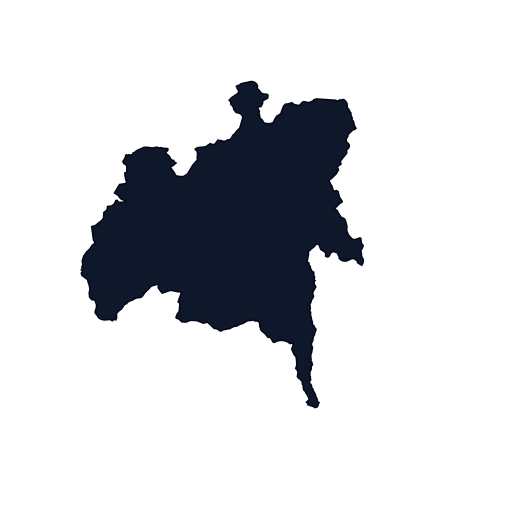 outline of Sita Buzaului, Covasna, Romania, rotated 324°
{"feature_id": "2599482B84594995893474", "entity_name": "Sita Buzaului", "entity_type": "district", "adm_level": 2, "iso_a3": "ROU", "parent_name": "Romania", "parent_adm1": "Covasna", "projection": "robinson", "projection_center": [26.114, 45.599], "detail": "fine", "context": "isolated", "style": "filled", "palette": "ink", "viewbox_px": 512, "rotation_deg": 324, "n_neighbors": 0, "source": "geoboundaries", "source_scale": "gbopen_adm2", "svg_char_len": 6148}
<svg xmlns="http://www.w3.org/2000/svg" viewBox="0 0 512 512"><g transform="rotate(324 256 256)"><path d="M216.9,414.1L220.9,411.6L220.0,409.6L220.8,408.8L221.6,407.0L221.5,405.9L222.7,402.6L223.2,398.5L223.9,396.9L223.6,395.7L224.9,392.9L224.7,390.3L225.3,389.3L227.7,388.1L227.8,387.1L229.0,385.8L228.9,384.7L230.3,383.3L230.6,382.1L234.4,379.8L235.7,377.7L237.8,377.2L238.8,374.6L238.5,373.1L239.4,372.6L242.1,368.2L244.0,367.0L247.8,363.4L248.7,360.3L249.6,359.3L252.3,357.7L254.8,355.1L257.3,354.0L257.9,353.0L259.5,352.2L260.1,351.4L261.1,351.2L261.6,349.7L261.3,348.6L261.8,346.6L261.4,344.7L262.4,343.2L262.3,342.6L263.2,341.9L263.0,341.2L264.7,337.9L265.1,336.3L265.7,335.8L265.8,334.6L267.2,333.8L267.1,332.9L267.5,331.5L269.2,330.3L271.2,326.7L273.6,325.5L274.6,324.3L276.7,323.7L279.1,322.3L279.7,319.9L280.8,318.6L286.2,316.2L286.7,314.8L286.1,314.5L286.1,313.7L288.0,310.9L289.4,310.6L289.0,309.7L289.3,309.0L291.1,307.6L291.0,306.4L293.2,303.0L292.1,301.0L292.8,299.7L292.6,298.3L293.7,296.6L293.7,294.3L294.8,292.5L294.1,291.7L294.2,290.5L300.0,285.0L301.1,282.6L302.8,283.3L304.0,282.8L308.3,282.7L311.2,281.9L313.2,282.6L313.5,284.4L312.3,288.4L312.4,289.3L313.6,291.9L314.0,295.0L312.2,296.9L312.6,298.2L314.0,299.2L315.3,299.0L318.3,297.5L320.6,297.6L321.4,298.1L323.6,301.2L322.8,305.2L321.9,307.2L322.8,310.1L323.7,311.3L326.1,313.2L332.0,314.4L333.1,315.1L334.2,316.6L335.0,319.8L334.2,321.3L334.8,322.1L335.3,324.2L336.3,325.7L339.1,324.0L340.7,322.0L341.3,318.1L342.8,315.9L343.8,313.4L347.1,311.9L348.7,310.7L349.0,309.7L348.7,307.9L351.2,303.3L350.7,302.4L345.9,301.0L344.6,300.0L343.6,298.3L343.2,293.1L344.2,289.0L347.1,285.3L349.1,280.2L349.5,278.0L347.6,274.4L348.1,268.4L348.5,267.6L347.4,263.9L355.0,262.6L357.2,263.1L357.9,262.3L358.1,257.4L360.3,252.1L359.6,250.4L357.6,249.7L357.2,248.3L357.5,246.6L358.6,244.0L358.6,241.7L359.5,237.8L360.3,237.3L361.6,237.8L368.8,236.8L373.3,234.9L374.3,231.6L378.9,231.6L379.5,229.5L380.8,228.6L389.9,226.1L391.8,223.3L393.8,223.3L395.9,222.3L396.8,220.6L396.8,219.1L396.3,217.4L396.9,215.4L398.1,214.1L400.3,213.4L401.9,211.9L408.3,210.9L410.0,211.6L411.9,211.5L412.4,208.0L414.0,204.5L414.0,203.5L413.6,202.6L415.1,200.6L415.4,198.4L416.9,196.0L416.7,194.0L417.3,192.9L417.1,189.7L419.3,186.1L419.6,183.9L418.9,180.8L416.7,179.9L415.3,178.8L414.0,178.9L412.6,178.2L412.0,176.8L397.3,164.5L394.7,163.6L393.2,164.0L388.9,163.0L385.5,159.3L384.2,158.8L379.5,159.7L376.1,156.2L375.1,153.1L370.7,151.5L369.1,150.4L366.4,150.9L359.6,155.4L354.9,155.1L351.3,156.5L348.6,158.2L346.0,157.6L343.4,155.9L341.1,153.7L340.7,152.5L341.0,149.6L340.4,147.3L340.5,146.6L342.8,141.7L343.9,140.9L344.3,137.8L345.0,136.6L348.0,138.0L351.0,136.4L352.8,134.4L358.1,135.2L360.3,133.0L360.0,131.7L356.6,128.6L356.0,126.8L355.9,122.8L355.3,121.7L357.4,118.9L357.6,116.8L356.9,114.4L355.1,112.2L345.2,107.8L342.8,108.0L341.5,107.3L339.8,107.2L339.8,108.2L339.2,109.5L339.1,111.9L338.1,113.4L335.8,113.8L329.6,113.5L325.8,114.1L326.1,116.3L324.7,118.8L325.3,120.8L324.9,122.9L324.1,124.3L324.2,127.5L324.3,128.3L326.5,130.7L327.3,132.9L327.4,134.6L326.2,136.6L318.1,142.9L312.6,143.8L311.1,144.6L308.3,144.7L305.1,146.2L303.4,146.5L301.4,145.4L298.9,145.1L297.2,144.4L295.9,142.2L295.2,141.9L293.3,139.8L289.2,141.2L287.7,141.2L285.8,139.7L285.2,138.2L279.4,138.0L272.5,134.0L269.7,133.7L269.4,134.3L270.0,136.0L269.0,138.7L265.9,142.2L265.3,143.8L258.3,145.3L248.9,149.3L244.5,149.2L242.0,147.7L238.3,144.0L238.9,140.5L238.8,133.7L242.1,134.1L246.0,133.8L245.2,131.7L245.6,130.3L244.5,129.3L244.1,127.9L244.5,123.9L243.3,119.5L247.1,118.5L247.7,117.4L247.3,116.7L245.0,115.0L242.8,112.5L240.9,111.4L239.8,109.6L236.2,108.0L233.3,105.6L232.6,104.6L229.4,102.3L223.2,100.9L220.6,100.6L218.7,100.9L216.7,100.4L216.3,101.7L214.6,100.8L213.1,100.6L213.1,99.7L211.9,99.0L211.0,99.1L210.7,98.0L209.9,97.9L209.3,98.2L208.8,99.5L207.3,99.6L206.9,100.1L203.8,101.3L203.4,103.4L204.4,105.6L204.2,107.6L200.8,112.1L198.6,111.7L196.8,114.7L196.7,115.4L197.0,115.5L195.6,117.1L195.1,119.4L193.6,121.0L187.6,117.9L178.5,121.8L180.2,126.1L180.0,128.1L180.4,130.7L183.0,135.4L181.8,135.4L176.7,132.1L176.3,129.2L175.7,128.8L175.0,128.8L172.3,130.5L169.3,130.7L168.0,130.4L165.0,128.6L163.4,130.4L161.5,131.3L158.5,131.3L154.6,136.1L153.7,135.9L152.8,136.5L143.8,136.9L140.4,135.6L133.9,147.5L134.1,148.7L132.6,151.4L130.2,150.9L125.7,152.6L121.3,153.2L116.4,154.9L112.4,158.0L110.7,161.3L108.4,162.7L108.1,164.3L106.6,164.5L107.0,165.0L106.5,166.7L105.1,166.8L104.3,167.7L103.8,169.6L105.9,176.2L104.9,178.2L103.9,181.7L102.0,185.4L99.0,188.1L98.9,188.8L97.4,190.9L97.2,192.6L97.6,195.2L99.6,196.4L99.6,197.6L98.4,201.5L96.9,203.6L92.8,206.8L92.4,208.3L92.6,210.8L92.4,213.7L93.7,216.5L95.8,218.7L100.8,221.7L101.6,224.0L103.2,223.8L104.6,224.5L105.1,225.3L107.0,224.0L109.3,220.5L112.8,219.8L116.1,219.8L120.7,218.1L122.1,218.0L123.1,218.5L125.1,218.0L127.2,218.1L129.8,219.0L134.0,219.4L138.5,221.8L140.2,221.8L144.6,220.3L150.4,219.5L152.7,218.8L155.3,219.3L160.1,221.3L159.9,222.4L158.5,223.7L158.1,225.2L158.2,230.9L166.8,233.6L171.5,238.7L174.5,241.4L166.2,247.2L165.9,247.8L166.8,248.6L166.2,250.0L161.4,255.6L157.8,256.8L155.1,258.7L155.3,259.9L156.7,261.8L157.2,265.6L160.6,268.4L164.6,269.3L166.8,270.7L170.2,273.6L174.0,279.5L177.8,280.9L179.6,289.9L181.9,292.4L182.6,294.9L183.5,296.2L186.0,296.4L192.4,299.4L196.0,299.8L199.6,301.5L202.5,301.7L205.8,302.9L211.4,303.4L212.9,304.6L216.3,306.3L216.8,307.8L218.6,309.2L219.7,311.1L219.6,312.2L217.5,315.5L217.4,316.8L216.5,318.1L216.6,320.1L217.7,324.4L217.8,328.2L218.2,329.1L219.4,329.9L219.8,331.6L219.2,334.9L219.4,336.1L220.1,336.7L222.6,337.1L226.1,338.5L228.9,340.9L231.3,344.4L232.0,346.9L234.0,347.6L234.4,349.6L233.6,349.7L232.4,351.0L230.8,351.7L230.0,352.8L228.9,358.2L229.2,361.0L227.1,364.9L224.6,368.5L222.0,370.3L222.3,371.8L222.0,373.9L221.5,374.9L218.6,377.8L218.6,380.1L219.5,381.4L219.3,383.1L219.8,384.0L218.1,387.3L218.0,389.0L217.0,389.9L215.9,392.5L216.3,394.7L215.8,396.1L215.9,397.7L215.0,403.3L210.8,404.0L211.6,406.2L210.5,406.8L214.1,411.8L214.5,413.3L216.9,414.1Z" fill="#0f172a" stroke="#020617" stroke-width="1.5"/></g></svg>